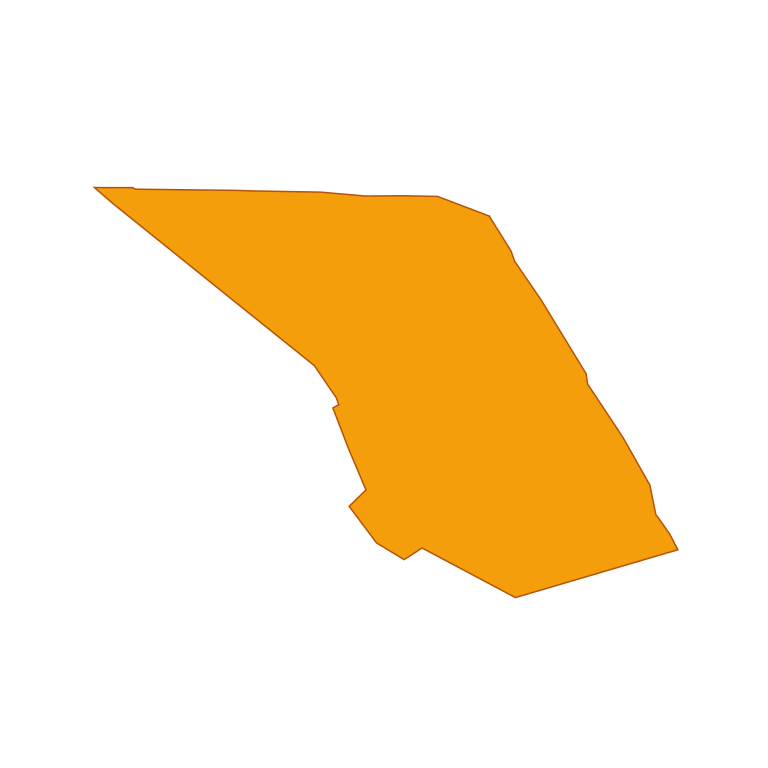 the district of At Tadamon - BN, Blue Nile, Sudan, rotated 98°
{"feature_id": "16777658B66976297159843", "entity_name": "At Tadamon - BN", "entity_type": "district", "adm_level": 2, "iso_a3": "SDN", "parent_name": "Sudan", "parent_adm1": "Blue Nile", "projection": "equal_earth", "projection_center": [33.588, 11.572], "detail": "fine", "context": "isolated", "style": "filled", "palette": "amber", "viewbox_px": 768, "rotation_deg": 98, "n_neighbors": 0, "source": "geoboundaries", "source_scale": "gbopen_adm2", "svg_char_len": 751}
<svg xmlns="http://www.w3.org/2000/svg" viewBox="0 0 768 768"><g transform="rotate(98 384 384)"><path d="M203.0,303.0L202.8,304.7L202.6,305.3L190.8,357.0L194.9,390.9L200.5,428.9L202.8,473.3L210.9,539.4L212.6,555.3L225.7,657.4L224.5,660.1L228.2,686.3L229.7,698.1L233.7,692.0L242.9,677.8L314.4,558.1L375.6,455.4L396.8,436.2L403.9,429.6L410.8,425.9L414.8,431.3L453.2,410.0L491.4,387.1L510.0,401.5L542.4,369.3L555.1,339.6L541.1,323.5L577.2,224.2L532.2,125.0L514.6,86.2L507.3,70.0L507.2,69.9L503.8,72.4L492.8,80.2L476.9,95.1L475.6,96.6L447.2,106.6L405.1,138.8L398.0,144.9L355.9,182.2L352.4,183.4L345.8,185.2L278.8,240.2L267.3,250.7L244.3,271.7L234.7,276.7L226.5,283.5L205.3,301.3L203.0,303.0Z" fill="#f59e0b" stroke="#b45309" stroke-width="1.5"/></g></svg>